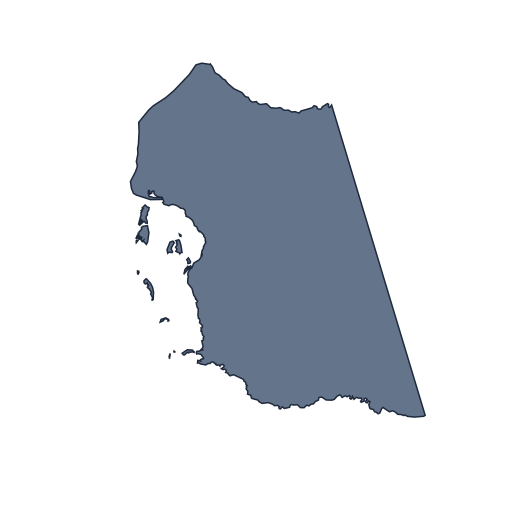 Patagones, Buenos Aires, Argentina (orthographic projection), rotated 164°
{"feature_id": "61730980B24175536898784", "entity_name": "Patagones", "entity_type": "district", "adm_level": 2, "iso_a3": "ARG", "parent_name": "Argentina", "parent_adm1": "Buenos Aires", "projection": "orthographic", "projection_center": [-62.373, -40.182], "detail": "fine", "context": "isolated", "style": "filled", "palette": "slate", "viewbox_px": 512, "rotation_deg": 164, "n_neighbors": 0, "source": "geoboundaries", "source_scale": "gbopen_adm2", "svg_char_len": 6129}
<svg xmlns="http://www.w3.org/2000/svg" viewBox="0 0 512 512"><g transform="rotate(164 256 256)"><path d="M137.3,56.2L141.7,380.3L144.0,378.5L144.7,378.7L145.2,380.0L144.3,381.8L145.4,382.8L151.1,381.1L152.6,379.6L154.1,379.4L156.4,380.7L156.4,382.9L158.8,384.5L161.1,383.0L172.8,383.0L175.2,381.5L178.6,383.9L182.2,384.7L184.5,387.2L189.2,388.5L190.7,391.0L192.2,392.1L196.0,392.5L201.0,394.5L203.9,399.5L209.9,400.4L211.9,401.8L213.0,404.3L217.0,404.9L218.8,407.0L219.8,410.7L222.2,412.0L224.5,417.0L231.1,422.8L235.6,429.6L237.1,433.6L239.1,435.5L241.4,439.8L244.9,443.4L245.6,449.4L247.0,453.2L247.5,452.9L255.0,456.3L261.0,456.3L270.0,448.9L288.9,437.8L299.1,433.1L313.6,428.6L318.7,426.0L330.8,417.6L331.9,416.8L334.2,407.5L338.3,395.6L340.2,391.9L341.4,386.7L345.0,379.8L345.1,376.3L345.8,374.1L348.8,370.0L356.1,362.3L357.1,355.2L356.5,350.0L354.4,347.7L341.8,339.2L330.5,336.2L330.8,338.3L338.6,340.4L340.6,342.0L341.8,342.1L342.6,343.4L341.8,345.1L342.3,346.2L341.7,347.1L341.8,348.1L341.2,347.2L341.3,348.4L340.6,348.5L340.5,347.1L341.1,346.3L340.3,345.4L340.5,344.8L338.6,345.4L338.7,346.5L336.9,346.8L336.2,346.3L336.8,344.3L336.2,342.7L334.2,340.1L330.1,338.3L329.6,334.8L329.8,333.6L330.9,333.1L330.2,331.2L325.8,328.3L323.2,328.9L320.5,327.9L317.8,325.9L315.2,322.7L312.6,321.5L311.4,318.7L312.1,317.2L312.2,314.9L311.7,313.9L312.2,313.3L310.0,311.8L307.6,308.4L306.9,306.3L306.8,302.2L304.9,300.3L304.8,297.4L303.8,295.0L303.2,295.3L301.9,293.5L300.4,290.4L300.7,289.4L299.9,287.1L300.7,284.0L300.2,283.2L303.9,279.5L304.5,277.8L306.4,276.0L308.3,272.1L307.4,272.4L307.7,271.4L311.6,268.0L317.8,266.3L320.4,262.9L321.0,263.1L321.1,262.2L322.6,261.8L325.8,259.0L326.9,256.5L326.5,254.9L327.5,253.6L328.9,249.7L328.9,248.2L326.5,242.4L326.7,235.5L325.9,233.4L325.9,231.3L325.4,231.4L325.4,230.2L324.6,229.1L325.0,227.9L326.3,227.7L326.5,226.6L326.7,222.6L326.0,221.3L328.1,215.2L328.5,211.9L327.9,211.6L327.6,209.5L328.7,207.4L327.2,205.1L327.0,203.7L326.3,204.1L327.6,202.0L328.7,202.0L328.5,201.2L329.2,200.2L328.8,199.8L329.6,198.7L328.9,198.0L329.2,195.1L328.3,192.9L329.2,192.0L329.6,189.9L331.5,189.4L331.8,183.7L333.6,181.0L333.2,180.4L333.9,180.4L333.9,181.6L336.4,180.1L339.2,180.7L340.0,179.6L340.0,178.1L338.7,178.2L336.0,176.5L334.5,172.3L335.2,171.6L336.9,172.0L338.2,171.4L338.1,170.2L340.8,171.7L341.7,169.2L340.7,169.2L339.2,167.6L334.3,165.1L331.8,165.9L329.8,165.3L328.1,166.4L326.7,166.1L325.3,164.2L324.3,163.9L324.7,162.9L323.6,161.7L321.7,161.6L321.0,160.0L320.3,160.9L317.8,161.1L316.8,159.1L317.6,158.2L320.4,157.2L318.9,155.8L317.4,155.9L316.5,155.1L316.3,153.4L317.3,152.4L315.3,151.2L315.1,149.8L314.0,148.0L310.2,148.0L301.9,140.7L302.1,139.0L300.7,137.5L301.1,135.2L300.1,133.9L301.3,133.3L301.4,131.8L302.1,131.2L301.2,128.1L302.2,125.5L299.4,123.6L299.6,121.2L299.2,120.2L293.9,117.0L293.2,115.1L290.7,112.6L284.6,111.7L280.7,108.8L279.5,107.0L276.4,106.4L275.0,104.7L275.9,103.8L275.6,102.7L274.5,102.3L272.3,103.8L270.7,101.6L265.4,101.3L264.2,103.2L263.0,103.5L260.8,102.3L257.2,101.6L255.1,98.0L251.6,96.9L248.6,98.6L246.4,97.3L244.0,98.3L241.5,98.0L239.0,99.8L235.7,100.2L234.9,102.2L233.5,102.7L231.5,102.1L228.3,98.3L222.9,96.5L220.2,96.6L216.8,98.8L213.9,99.5L213.1,98.8L212.2,96.3L209.7,96.9L208.3,96.8L207.2,95.5L204.6,96.1L204.1,95.2L205.1,93.3L204.3,92.3L203.3,92.4L202.0,94.4L201.3,91.2L198.6,92.5L196.6,91.1L193.8,90.3L194.0,88.7L195.6,87.3L195.2,86.4L192.0,86.7L191.3,89.1L189.6,89.0L188.6,87.4L190.8,86.1L190.5,84.6L189.3,84.2L187.9,85.7L186.6,84.7L188.5,82.1L188.6,78.4L188.0,77.4L185.6,76.2L184.9,73.4L183.6,72.9L182.1,70.7L180.3,70.9L177.4,74.5L175.8,75.5L170.7,69.5L167.4,69.6L165.1,67.6L163.5,64.8L160.2,63.6L158.0,61.9L156.7,62.1L154.6,60.1L148.1,57.5L139.0,55.7L137.3,56.2ZM360.3,301.7L358.2,297.4L356.4,299.2L352.5,307.9L352.0,315.2L356.9,315.7L358.3,314.9L358.7,313.1L361.8,311.4L362.8,309.1L363.0,306.9L363.9,304.7L363.0,304.2L361.9,305.0L362.7,306.3L362.5,307.1L361.0,305.3L360.2,305.8L362.1,303.5L361.5,301.3L360.6,300.9L360.5,302.0L359.8,302.2L360.3,301.7ZM356.3,320.8L353.8,320.1L353.1,318.2L351.5,317.5L351.0,319.4L351.3,322.8L350.4,324.5L349.2,325.2L348.1,328.4L346.7,329.4L345.4,331.9L346.9,333.0L348.6,335.6L352.2,333.6L351.4,332.6L353.8,331.3L353.1,330.7L354.7,329.3L354.9,327.7L359.4,320.1L358.5,320.2L356.2,322.6L355.8,322.0L356.3,320.8ZM367.6,254.0L366.7,249.7L367.7,248.6L366.9,244.2L368.2,242.4L367.9,242.1L366.8,242.5L365.4,246.7L364.4,249.6L364.1,254.5L364.9,258.8L367.5,264.1L368.1,264.4L370.5,263.0L371.0,261.2L370.1,259.6L368.1,260.1L368.1,258.1L367.5,258.2L367.4,257.1L369.1,255.9L368.2,254.1L367.6,254.0ZM328.7,279.9L328.6,279.1L327.6,280.1L326.1,279.7L325.2,287.2L325.3,291.8L325.8,292.9L328.8,292.9L328.1,291.4L329.0,290.2L328.5,288.6L330.9,286.6L330.1,284.2L331.8,282.6L328.7,279.9ZM338.6,283.6L335.6,282.4L335.0,283.1L335.6,286.0L334.6,287.7L330.9,291.4L331.7,293.2L334.8,293.1L339.8,286.6L340.1,283.0L338.6,283.6ZM342.8,181.1L342.2,180.3L341.8,180.8L343.2,183.2L347.9,184.8L353.8,182.9L353.0,180.9L352.1,180.6L348.6,182.3L347.4,181.4L347.1,182.0L342.8,181.1ZM359.1,217.4L357.5,217.9L357.5,219.1L359.8,221.4L364.7,221.2L366.4,218.8L363.3,219.2L360.9,220.9L358.3,219.5L358.2,218.3L359.1,217.4ZM321.4,272.8L323.6,271.6L323.1,269.2L323.6,267.6L321.4,267.3L320.5,268.4L321.4,272.8ZM324.3,265.0L328.0,262.6L330.4,258.3L326.2,261.4L325.8,262.5L323.8,264.4L324.3,265.0ZM360.0,318.7L359.2,317.6L358.0,318.8L357.5,318.5L355.8,319.4L359.1,319.9L360.0,318.7ZM364.8,308.1L366.4,306.2L365.8,305.6L364.9,305.7L364.9,306.9L364.3,305.8L363.6,306.4L364.8,308.1ZM374.0,274.3L374.7,271.9L374.2,270.5L374.0,271.8L373.1,272.2L372.9,273.7L374.0,274.3ZM321.0,264.8L322.8,264.0L324.3,261.0L321.5,263.1L321.7,264.1L321.0,264.8ZM322.8,295.5L322.3,296.6L323.6,298.2L323.8,296.4L322.8,295.5ZM366.2,304.0L367.1,303.4L367.4,301.8L365.1,303.5L366.2,304.0ZM323.7,264.1L325.5,262.4L326.1,261.3L324.3,262.4L323.7,264.1ZM363.5,309.3L364.1,308.1L363.5,306.8L363.1,307.1L363.5,309.3ZM365.5,186.0L367.2,183.4L367.5,181.1L365.7,184.9L365.5,186.0ZM361.4,186.5L361.0,186.1L360.4,186.2L361.0,187.2L361.4,186.5Z" fill="#64748b" stroke="#1e293b" stroke-width="1.5"/></g></svg>